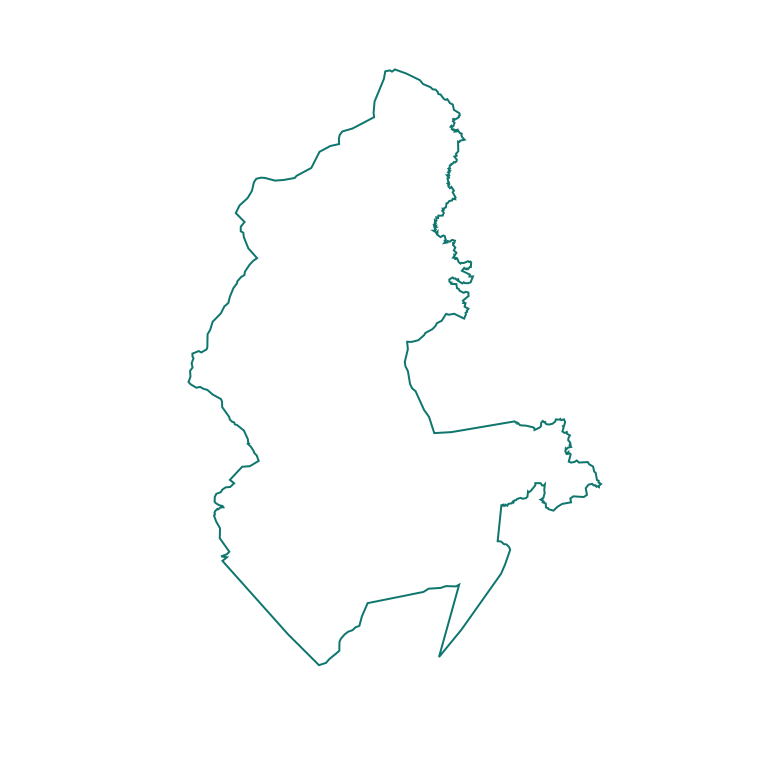 Sunyani Municipal, Brong Ahafo, Ghana, rotated 317°
{"feature_id": "2480657B55840347650819", "entity_name": "Sunyani Municipal", "entity_type": "district", "adm_level": 2, "iso_a3": "GHA", "parent_name": "Ghana", "parent_adm1": "Brong Ahafo", "projection": "orthographic", "projection_center": [-2.299, 7.228], "detail": "fine", "context": "isolated", "style": "outline", "palette": "teal", "viewbox_px": 768, "rotation_deg": 317, "n_neighbors": 0, "source": "geoboundaries", "source_scale": "gbopen_adm2", "svg_char_len": 6166}
<svg xmlns="http://www.w3.org/2000/svg" viewBox="0 0 768 768"><g transform="rotate(317 384 384)"><path d="M623.8,237.5L622.1,231.2L624.9,226.5L623.8,223.6L624.6,218.9L623.0,218.4L622.2,216.5L622.8,210.8L621.5,209.1L622.5,207.0L622.5,203.9L620.5,201.6L620.5,198.8L617.1,191.2L617.5,186.4L612.1,172.3L606.5,161.4L602.9,161.0L602.1,158.6L598.2,156.2L592.0,160.8L569.7,171.0L561.3,178.6L558.7,182.1L535.3,175.7L525.8,170.9L521.6,171.6L518.3,173.8L514.8,177.9L507.0,173.3L495.2,170.2L478.2,176.4L462.0,172.1L459.2,172.4L449.7,166.3L443.0,160.9L437.5,152.2L435.0,149.4L430.6,146.8L426.4,147.8L419.1,152.7L411.0,155.0L400.1,154.9L392.2,157.9L392.5,170.4L386.5,171.3L383.4,174.6L384.3,177.4L381.7,180.9L377.3,192.2L377.0,205.4L372.4,204.7L366.9,205.1L358.9,207.0L356.2,209.1L352.5,208.3L346.7,208.9L345.3,210.1L339.2,211.2L330.9,215.0L325.4,218.6L320.1,218.4L312.8,221.1L301.2,221.6L293.9,225.8L288.9,227.3L279.9,236.6L277.8,237.7L271.9,236.3L271.0,233.6L264.6,231.1L262.7,233.3L262.2,235.3L257.5,237.6L255.2,241.4L251.2,242.1L247.4,246.7L242.4,249.2L242.4,252.5L244.2,258.7L247.6,260.8L248.6,264.3L250.8,267.8L251.5,274.7L254.5,284.0L253.3,286.7L249.9,290.5L248.3,302.6L247.0,304.8L247.2,308.1L248.2,309.8L247.4,311.7L248.6,314.1L249.8,322.5L246.8,331.5L244.7,334.2L244.7,335.3L243.6,335.0L243.9,338.8L242.9,344.4L242.1,345.6L242.2,349.4L239.9,354.8L229.8,352.6L223.9,347.8L205.9,349.0L206.7,354.4L201.3,354.4L197.7,351.6L193.7,351.0L190.9,351.8L186.5,350.0L183.2,351.2L179.9,354.5L179.7,356.3L180.7,360.1L182.7,363.1L182.4,364.6L180.3,362.9L177.1,362.5L177.0,361.7L174.0,361.8L172.3,362.5L171.4,364.1L170.0,364.2L167.5,370.0L165.7,377.6L158.7,384.8L156.5,401.2L152.8,401.3L147.3,399.0L151.0,403.6L145.2,403.2L143.1,501.8L144.7,545.3L151.4,548.4L156.4,547.9L169.3,548.7L175.6,542.2L178.6,540.9L184.3,540.3L188.8,540.7L193.1,542.6L197.2,542.5L201.0,544.1L209.5,538.8L222.6,533.1L271.1,563.0L277.0,564.1L286.4,571.8L291.4,574.0L298.6,581.1L302.1,582.0L238.0,621.2L273.0,616.5L340.2,602.6L349.4,598.6L363.2,591.3L364.3,588.5L364.2,585.0L362.5,582.8L362.1,578.9L359.9,576.5L387.2,552.7L388.9,553.6L388.2,554.4L389.2,555.5L390.5,555.1L391.2,557.1L393.2,556.5L396.1,558.4L397.8,557.9L397.9,558.9L399.7,558.0L401.4,559.0L402.9,558.8L406.3,560.5L407.0,562.3L409.7,564.2L412.0,564.3L416.0,560.8L416.1,562.0L418.4,562.3L425.5,561.3L427.1,559.7L430.9,563.4L430.4,565.9L431.4,567.1L433.3,567.0L428.9,570.8L427.3,573.2L422.9,576.0L421.4,575.6L421.1,576.4L419.8,575.6L420.6,578.9L419.5,579.0L420.8,581.7L418.3,584.7L419.3,586.6L418.9,587.6L421.6,592.2L427.1,592.1L432.5,593.2L440.1,598.1L442.2,594.8L445.9,595.3L453.0,602.9L456.8,603.5L460.5,597.8L464.8,597.1L468.1,598.9L468.2,601.2L469.3,601.8L469.3,603.8L470.0,603.6L470.9,606.0L471.6,605.1L474.5,605.1L473.7,602.3L475.0,601.2L474.3,599.4L478.2,593.4L478.0,591.5L480.6,586.9L479.3,582.6L479.8,580.1L473.0,574.4L472.8,571.4L470.0,570.9L467.2,569.0L466.2,566.8L472.6,562.7L472.5,561.3L470.9,560.5L472.2,559.5L469.9,559.3L470.8,556.8L473.0,555.1L473.0,556.1L475.2,556.0L477.8,557.6L478.0,555.3L478.7,554.9L479.0,555.6L480.3,553.6L480.3,550.9L481.9,549.4L484.9,548.4L483.9,545.2L484.9,543.8L482.7,543.0L482.1,540.4L485.7,538.3L486.1,536.9L487.1,537.4L490.5,535.4L491.5,532.6L488.9,531.2L489.1,529.8L488.1,529.8L485.5,527.1L483.7,528.2L480.2,528.0L477.2,526.3L475.6,524.5L475.2,523.0L476.0,521.7L475.0,521.1L474.9,519.3L472.4,519.6L470.3,521.8L468.6,522.1L462.7,520.3L463.8,518.8L463.6,517.5L459.6,511.5L455.4,507.0L455.4,504.2L454.4,503.9L454.9,502.4L454.0,501.9L454.0,500.4L400.4,465.1L387.3,454.2L394.5,438.7L395.6,430.3L402.2,410.7L401.6,406.2L403.1,401.7L410.2,391.0L411.8,385.6L414.3,382.0L425.2,374.8L429.7,368.9L433.0,372.1L439.0,375.4L446.8,375.6L449.0,374.9L456.9,376.9L461.1,376.7L464.2,375.6L469.3,377.1L477.2,375.1L478.6,377.5L483.2,380.5L487.2,390.8L491.2,389.1L492.2,387.6L494.0,387.9L494.5,386.9L497.0,386.6L495.7,382.4L498.7,380.5L497.3,378.9L498.3,378.6L498.6,376.8L505.9,377.3L508.1,374.6L506.5,372.2L504.5,371.7L502.9,367.4L503.5,365.2L502.7,363.9L505.0,360.2L501.5,356.7L502.5,355.8L501.7,355.3L501.7,353.7L503.1,352.1L506.9,352.9L507.0,354.6L508.3,355.5L508.1,357.2L509.0,357.6L508.7,358.4L509.5,358.3L508.8,359.8L509.8,363.8L511.7,364.0L511.8,365.2L514.4,367.8L516.7,368.7L522.4,366.0L519.8,363.7L521.4,362.5L518.2,354.3L521.8,353.8L521.9,355.4L523.2,356.9L523.5,356.2L524.7,357.2L527.0,356.9L527.4,357.6L530.6,354.6L530.7,353.4L529.4,352.8L529.2,351.5L524.8,349.9L523.2,348.1L522.0,348.1L521.8,345.6L523.1,342.3L521.3,341.1L521.3,340.3L522.2,340.3L520.8,338.7L523.0,338.3L523.6,337.3L524.2,338.0L526.5,337.4L526.1,334.0L529.2,332.8L529.3,329.4L530.7,328.1L531.3,328.9L533.6,327.6L532.1,325.0L529.3,324.8L528.0,322.9L527.1,323.8L524.2,322.0L526.2,321.6L526.3,320.5L527.5,320.7L529.3,317.2L528.7,315.8L525.5,315.1L524.7,310.8L525.0,309.9L525.8,310.2L527.0,309.1L525.7,309.2L524.7,305.6L526.0,306.7L526.5,305.9L527.2,306.2L527.5,304.4L529.0,304.9L528.2,303.5L528.9,304.2L530.0,303.8L528.4,302.7L529.0,301.6L529.8,302.2L531.3,301.8L530.6,300.1L531.4,300.8L532.5,299.5L532.4,300.5L533.8,300.3L535.9,297.8L536.9,299.4L538.5,297.9L541.8,300.9L544.6,299.5L544.7,297.1L545.6,297.2L546.3,296.1L546.7,297.2L547.7,296.4L549.7,297.0L553.0,294.5L554.0,295.1L556.6,294.7L558.9,296.2L560.5,295.4L562.0,297.3L562.3,296.4L563.5,296.5L565.0,290.6L567.0,290.3L567.3,287.7L568.3,287.5L567.4,287.3L567.7,285.8L565.8,285.7L566.0,283.0L568.1,282.4L568.6,281.4L567.2,281.6L567.2,280.6L568.6,280.6L570.6,277.0L572.0,277.4L572.3,275.1L572.8,276.1L573.2,274.8L574.0,275.5L574.2,274.5L576.0,273.9L575.5,272.9L577.7,273.1L577.3,271.7L579.0,271.4L578.5,270.5L579.5,270.6L581.2,269.0L582.7,269.6L583.4,269.0L584.5,269.7L586.4,269.3L587.2,270.5L589.1,270.5L590.2,269.6L590.6,265.6L592.8,266.6L593.5,264.8L597.1,264.4L603.5,257.2L604.2,258.4L605.7,258.0L609.5,260.3L609.5,256.9L610.2,254.9L611.6,253.9L610.6,252.1L611.1,248.8L609.5,248.9L608.2,247.9L610.2,247.6L608.7,246.7L608.7,245.5L607.8,245.6L607.4,243.8L608.7,242.6L608.1,241.3L609.4,241.1L609.3,242.2L610.5,242.7L613.7,241.1L613.6,238.8L614.7,238.6L615.1,237.4L615.9,237.7L615.4,238.8L620.6,240.0L621.3,239.0L622.6,239.3L623.8,237.5Z" fill="none" stroke="#0f766e" stroke-width="2"/></g></svg>